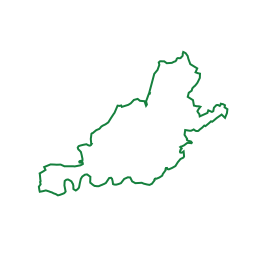 the district of Janub Al Jazirah, Gezira, Sudan, rotated 76°
{"feature_id": "16777658B42826552417214", "entity_name": "Janub Al Jazirah", "entity_type": "district", "adm_level": 2, "iso_a3": "SDN", "parent_name": "Sudan", "parent_adm1": "Gezira", "projection": "orthographic", "projection_center": [33.449, 14.094], "detail": "fine", "context": "isolated", "style": "outline", "palette": "green", "viewbox_px": 256, "rotation_deg": 76, "n_neighbors": 0, "source": "geoboundaries", "source_scale": "gbopen_adm2", "svg_char_len": 3777}
<svg xmlns="http://www.w3.org/2000/svg" viewBox="0 0 256 256"><g transform="rotate(76 128 128)"><path d="M72.5,52.7L69.3,54.0L67.6,56.0L68.3,56.4L69.0,56.9L70.0,57.1L70.6,57.3L71.2,57.6L71.6,58.0L72.0,58.9L72.9,60.1L72.7,61.3L72.2,62.7L72.5,63.7L73.0,64.2L73.8,64.6L74.7,65.7L74.9,67.6L75.4,69.7L74.5,74.7L72.1,76.7L71.0,80.7L71.8,82.3L74.3,82.3L76.4,83.7L78.8,85.3L81.8,89.4L98.8,98.8L99.3,98.2L100.1,98.7L100.0,99.6L101.6,100.7L104.0,102.3L106.5,104.0L109.8,104.0L110.8,105.1L106.0,105.5L104.5,109.8L102.1,111.6L102.2,115.5L104.7,119.3L105.6,122.1L106.0,128.9L104.5,129.2L104.5,131.0L104.1,131.9L103.8,132.7L110.0,137.4L110.9,138.5L114.4,142.3L117.8,145.8L119.0,149.0L119.6,151.9L120.2,153.6L121.0,154.7L121.9,156.0L122.4,159.3L123.8,162.2L124.4,163.4L124.4,164.2L124.8,164.9L128.0,166.1L128.9,166.5L129.8,166.8L132.6,167.2L134.2,167.5L134.6,167.0L135.6,168.1L135.9,169.3L135.3,170.5L133.7,172.3L133.5,175.4L133.5,178.5L133.7,180.3L134.8,181.5L136.1,181.5L137.0,181.2L138.0,180.5L139.9,179.5L143.4,179.5L145.1,179.6L146.5,179.6L148.1,179.9L148.7,180.2L148.8,180.8L148.5,181.4L148.4,182.2L148.5,182.9L148.8,183.4L149.7,183.4L150.1,182.7L150.2,181.9L150.2,180.9L150.5,180.5L151.2,180.4L152.1,180.6L152.7,183.2L152.4,189.0L151.8,190.6L150.3,196.6L149.8,198.9L149.0,199.9L147.2,202.2L146.4,206.0L145.6,208.5L144.6,212.0L145.6,218.8L148.7,218.2L149.7,221.1L150.7,224.7L151.4,224.7L157.3,225.6L158.1,225.6L158.7,225.8L159.1,226.4L161.5,226.4L163.4,228.7L166.9,229.0L168.5,229.0L168.7,226.0L168.7,222.8L170.1,220.5L170.4,220.0L171.2,218.9L172.1,217.4L173.4,216.0L173.9,215.2L174.6,214.1L176.4,212.3L176.4,210.4L176.3,209.4L176.1,207.4L175.8,205.6L174.6,203.9L172.3,203.8L168.3,203.6L167.4,203.3L166.8,203.1L166.0,202.9L164.1,202.2L163.3,200.4L163.4,198.7L164.7,197.2L166.1,195.8L167.7,195.4L168.8,195.0L170.9,195.0L172.4,195.4L173.2,195.6L174.1,195.7L176.0,193.8L175.3,191.9L174.0,190.0L171.7,188.9L170.8,188.5L169.3,187.8L166.0,186.1L164.1,184.2L163.5,182.7L162.9,181.2L163.1,179.0L164.2,178.0L164.7,177.6L166.3,176.3L167.5,176.7L168.7,177.0L170.6,177.6L171.2,177.8L172.3,177.7L172.6,177.3L173.6,176.6L174.3,176.1L176.1,174.5L176.4,173.6L176.7,172.9L177.0,172.1L177.4,170.5L177.0,168.2L176.9,167.1L176.7,166.2L176.5,164.7L176.0,162.8L174.3,160.9L172.0,158.4L172.2,156.5L173.4,155.8L175.9,155.8L178.8,156.1L179.5,155.1L180.1,153.3L180.1,152.1L180.1,150.9L179.8,148.2L176.5,144.0L175.8,140.0L176.6,137.8L180.8,136.9L183.3,134.2L184.5,127.9L185.8,126.2L186.7,124.5L187.4,123.2L188.4,120.9L187.9,118.3L185.1,114.8L184.5,114.9L183.8,114.2L183.7,113.4L184.1,112.7L183.6,109.5L182.5,106.3L181.1,105.4L178.0,101.7L177.0,101.6L176.0,100.9L176.2,99.8L177.5,99.5L178.0,98.4L177.4,94.8L176.4,91.2L173.2,87.9L172.2,86.5L170.8,84.6L170.1,81.4L169.2,80.5L167.5,80.2L164.2,79.7L164.9,81.3L164.8,82.5L164.3,83.3L163.1,83.2L162.3,82.3L161.6,82.2L161.0,80.9L160.0,81.3L159.1,81.9L158.8,81.1L158.9,80.1L158.6,78.9L158.4,77.8L157.7,76.2L156.9,74.3L157.1,72.8L158.1,70.1L157.6,69.6L156.3,70.2L154.8,72.9L154.1,73.6L153.5,73.7L152.7,73.3L148.3,74.8L143.8,73.0L145.5,69.0L145.9,67.5L145.6,65.7L145.3,64.6L147.1,63.1L147.7,61.7L147.8,60.4L146.8,58.7L145.6,55.9L144.1,53.4L144.9,52.4L143.2,48.8L141.6,45.8L142.3,44.9L141.7,43.4L139.8,39.6L137.9,34.6L137.6,33.9L141.6,31.4L140.2,30.4L137.5,28.4L133.8,27.0L131.3,29.3L129.4,28.4L127.9,30.0L127.2,31.5L126.9,32.1L128.2,32.8L128.8,33.6L127.4,35.2L127.2,36.7L129.1,39.7L132.3,41.2L132.7,42.7L130.3,45.8L132.6,47.3L133.7,53.5L134.1,55.6L131.8,55.4L129.8,56.3L128.5,56.6L126.9,55.1L124.9,52.6L124.1,54.0L123.5,56.1L122.2,58.6L116.7,58.2L112.2,62.5L108.5,60.5L107.2,57.2L105.1,56.0L103.8,54.0L103.4,53.0L102.2,51.3L100.9,49.7L96.8,46.2L92.7,45.0L91.7,47.0L90.3,49.0L86.9,46.4L81.1,52.1L75.4,52.7L72.5,52.7Z" fill="none" stroke="#15803d" stroke-width="2"/></g></svg>